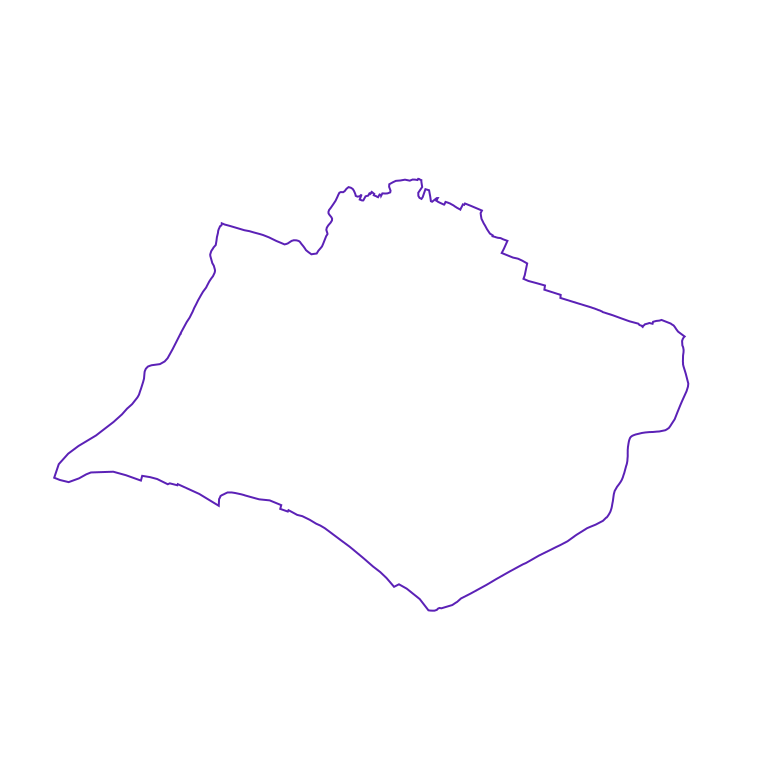 Kota Tegal, Jawa Tengah, Indonesia (Mercator projection), rotated 195°
{"feature_id": "22746128B85080883644541", "entity_name": "Kota Tegal", "entity_type": "district", "adm_level": 2, "iso_a3": "IDN", "parent_name": "Indonesia", "parent_adm1": "Jawa Tengah", "projection": "mercator", "projection_center": [109.116, -6.87], "detail": "fine", "context": "isolated", "style": "outline", "palette": "violet", "viewbox_px": 768, "rotation_deg": 195, "n_neighbors": 0, "source": "geoboundaries", "source_scale": "gbopen_adm2", "svg_char_len": 6100}
<svg xmlns="http://www.w3.org/2000/svg" viewBox="0 0 768 768"><g transform="rotate(195 384 384)"><path d="M105.9,507.7L110.5,509.5L113.5,510.7L115.8,512.5L117.7,514.2L119.4,515.5L121.5,516.1L122.7,516.6L129.8,517.4L132.5,517.7L134.4,516.5L137.3,515.4L139.2,514.3L140.2,513.7L140.2,511.7L143.5,511.6L144.8,510.7L147.4,509.2L148.0,508.0L148.6,507.5L148.9,506.1L149.5,506.4L149.5,506.9L150.9,507.0L152.5,507.1L153.9,508.1L154.0,508.1L163.0,508.1L165.7,508.3L170.4,508.7L170.7,508.7L180.7,509.6L191.4,510.1L192.3,510.5L193.2,510.6L194.8,510.9L196.0,510.9L197.3,511.1L198.3,511.2L198.5,511.2L200.2,511.4L202.7,511.5L203.2,511.6L217.7,512.1L235.9,512.8L236.4,515.8L253.5,516.6L254.0,520.8L263.5,520.9L271.2,520.9L276.5,521.7L276.2,525.6L276.3,527.3L276.9,537.5L282.3,538.9L286.8,539.7L288.1,539.7L292.1,539.5L304.2,541.0L303.2,545.6L301.8,554.2L306.4,554.6L309.1,555.1L310.0,555.0L311.3,554.8L311.5,554.7L312.1,554.7L312.3,554.7L314.0,554.7L314.4,554.8L317.4,554.8L317.4,555.7L320.6,556.7L322.1,558.0L324.6,560.2L327.5,563.3L329.2,564.9L331.1,567.1L332.6,568.8L334.1,572.1L334.9,574.1L334.4,576.4L334.3,576.9L346.5,578.6L349.0,578.9L352.5,579.3L352.9,577.8L354.3,577.9L354.5,576.6L355.2,573.5L355.4,572.2L355.7,572.3L359.1,573.1L360.6,573.6L361.6,573.9L363.1,574.5L366.1,575.2L366.6,575.4L369.1,575.7L371.7,575.8L371.9,574.7L372.2,572.9L372.6,572.8L376.7,573.5L378.8,573.9L379.8,574.3L380.9,574.6L380.4,576.8L380.2,577.5L381.2,577.2L384.7,572.5L386.0,572.7L387.8,576.9L390.6,582.8L394.4,582.9L395.0,574.5L395.7,572.5L397.9,573.0L399.5,574.6L400.4,577.6L399.4,580.5L398.1,584.2L399.5,587.3L400.3,589.2L400.7,590.6L401.7,590.6L402.7,591.0L403.6,591.1L404.1,591.0L404.4,589.7L406.6,589.5L409.3,588.9L411.7,587.1L416.6,586.8L420.9,584.8L425.1,583.3L427.6,581.2L430.6,578.3L430.1,575.8L427.7,572.4L427.6,570.7L430.0,569.0L432.1,568.3L434.9,567.7L435.5,565.0L435.9,565.8L437.3,565.9L438.1,562.9L439.3,563.1L440.2,563.4L440.9,563.4L442.8,563.7L442.6,565.1L443.8,565.6L445.6,566.4L446.0,565.6L445.8,565.0L446.1,564.5L446.5,563.9L447.4,564.3L447.7,563.2L447.8,562.6L448.0,561.9L449.4,561.1L450.4,560.5L451.5,556.0L452.7,555.6L455.2,555.9L454.7,561.2L456.1,559.0L458.2,558.1L460.0,558.4L460.7,559.8L461.9,561.4L463.2,563.0L464.7,564.3L466.5,564.9L466.9,565.0L469.2,565.0L470.8,562.8L471.9,560.1L473.1,558.7L475.4,558.2L476.6,557.2L477.1,555.0L477.4,552.9L478.2,548.5L479.4,544.9L481.0,540.4L482.1,537.8L482.2,535.8L481.7,534.4L480.6,533.4L477.9,531.4L476.9,530.2L476.6,528.5L477.3,526.1L478.9,522.8L479.7,520.2L479.6,517.9L477.6,514.8L477.4,514.0L478.1,512.0L479.1,503.3L479.5,500.8L480.4,498.8L481.9,495.7L482.8,492.6L485.7,491.4L487.7,490.5L491.1,491.8L494.0,493.1L495.4,494.4L497.6,496.2L500.0,497.9L502.0,499.5L503.1,500.0L504.0,500.1L504.3,500.1L505.8,500.1L508.4,499.5L509.6,498.7L510.2,498.4L512.0,496.4L513.2,495.0L514.4,494.1L516.2,493.1L519.7,493.6L525.0,494.3L525.5,494.4L533.2,495.9L533.3,495.9L539.4,496.6L542.7,496.7L548.8,496.7L553.5,496.8L558.6,496.4L566.2,496.6L573.9,496.8L575.5,496.8L577.5,496.8L579.3,496.8L581.2,497.1L581.4,497.1L581.6,497.1L582.3,497.2L582.1,496.1L582.1,495.1L583.3,493.8L583.3,492.9L583.4,492.4L583.7,490.9L583.8,489.0L583.5,487.0L583.4,482.6L582.9,479.0L582.5,474.7L584.0,471.7L584.2,470.8L585.2,467.9L585.3,466.9L585.4,464.1L584.9,462.7L581.4,456.8L581.2,456.4L579.0,454.2L577.1,451.0L576.5,449.6L576.4,447.7L577.1,443.8L578.2,441.2L579.0,438.8L579.4,437.5L580.6,432.1L580.7,431.3L582.7,426.3L584.0,421.6L584.1,421.1L585.2,416.9L586.1,412.3L587.0,408.3L587.6,404.0L587.7,403.7L588.9,397.9L590.5,393.1L590.6,392.8L593.5,380.7L593.4,380.4L593.5,380.4L597.2,362.9L599.7,352.9L601.7,349.0L605.6,345.2L613.3,342.0L615.0,340.9L616.6,339.7L618.0,337.1L618.4,334.2L618.2,332.7L617.2,327.1L617.2,323.6L617.5,316.6L617.7,314.3L617.9,310.3L618.4,308.3L618.7,307.2L622.1,299.3L625.8,293.7L629.2,286.9L635.5,277.2L644.7,265.2L648.8,259.8L660.6,247.6L663.1,245.0L670.2,236.0L671.0,235.0L671.7,233.6L677.4,222.4L678.3,208.1L672.3,207.4L663.2,207.6L654.2,213.9L648.2,219.7L644.2,222.7L622.8,229.2L609.6,229.1L593.8,227.8L593.8,232.7L585.8,233.5L578.5,233.5L566.9,231.2L565.2,232.6L557.4,232.7L557.3,233.9L534.0,230.0L512.1,223.6L513.5,230.1L513.1,231.8L512.9,233.5L511.8,234.7L510.1,236.1L508.9,237.2L507.1,238.7L503.2,239.8L499.4,240.2L493.3,240.5L491.6,240.5L490.7,240.5L489.4,240.4L478.4,240.3L474.7,240.3L464.3,242.0L451.9,240.4L451.9,236.5L443.9,235.9L443.6,237.4L438.9,236.3L434.4,235.2L434.0,235.1L428.7,235.2L420.6,233.6L413.3,231.5L408.9,230.8L403.9,229.4L392.1,224.7L385.4,222.0L375.2,218.0L359.5,210.8L347.2,204.8L339.0,201.4L331.3,197.2L321.8,190.7L317.7,194.4L309.1,192.2L293.8,185.5L282.5,176.9L280.2,177.2L276.6,178.1L274.5,179.5L273.8,180.9L272.5,182.0L270.5,182.2L261.1,188.0L260.8,188.2L258.0,191.4L257.0,192.4L254.1,196.8L246.2,203.9L233.0,216.5L225.2,224.5L218.9,230.7L213.8,235.7L206.1,243.0L203.0,245.9L200.7,247.7L190.0,258.3L175.6,271.0L172.3,273.8L166.0,279.6L160.0,287.0L158.8,288.4L150.5,297.3L147.7,299.5L143.2,302.9L137.1,308.5L134.8,312.4L134.3,312.8L133.8,314.0L133.2,315.7L132.7,317.5L132.3,319.3L132.2,320.8L132.1,323.1L132.2,324.9L132.4,326.9L132.5,328.2L132.6,329.9L132.9,332.3L133.3,335.4L133.5,337.2L133.5,338.9L133.5,340.4L133.1,341.9L132.3,345.0L131.1,347.9L130.2,350.4L129.6,352.5L129.3,354.4L129.1,356.1L129.1,357.5L128.9,360.1L128.9,366.3L128.9,367.6L128.8,368.7L128.8,369.7L128.8,370.3L128.9,371.2L129.0,372.6L129.5,375.0L129.8,376.9L130.2,378.5L130.7,380.2L131.0,381.5L131.5,383.3L131.8,385.0L132.1,386.5L132.1,386.9L132.4,389.5L132.6,391.9L132.6,393.4L132.4,395.5L131.9,396.8L130.8,398.2L129.4,399.3L127.8,400.4L125.2,401.8L122.3,403.4L119.1,404.8L115.3,406.2L111.4,407.4L108.2,408.6L105.8,409.4L102.6,411.0L100.4,412.1L99.2,413.2L98.4,414.2L97.6,415.0L96.8,416.9L96.3,418.4L95.9,419.7L94.1,425.2L93.2,433.1L92.3,440.2L91.7,444.4L91.1,448.1L89.9,455.3L89.7,460.1L90.1,462.7L90.2,463.2L95.1,471.9L96.9,474.8L99.3,478.6L100.4,480.7L100.5,481.6L101.0,482.7L102.5,488.9L102.9,492.2L103.4,494.4L103.5,494.6L104.5,496.8L105.0,497.5L105.8,498.5L107.2,502.7L107.1,504.6L106.6,506.5L105.9,507.7Z" fill="none" stroke="#5b21b6" stroke-width="2"/></g></svg>